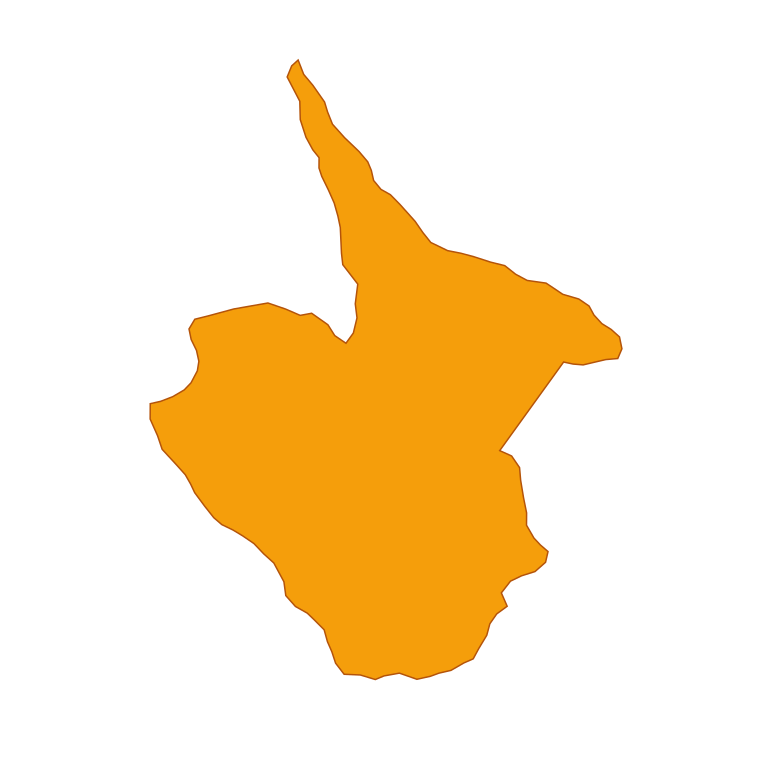 the district of Cruzália, São Paulo, Brazil, rotated 285°
{"feature_id": "56859067B72115039029830", "entity_name": "Cruzália", "entity_type": "district", "adm_level": 2, "iso_a3": "BRA", "parent_name": "Brazil", "parent_adm1": "São Paulo", "projection": "robinson", "projection_center": [-50.755, -22.735], "detail": "fine", "context": "isolated", "style": "filled", "palette": "amber", "viewbox_px": 768, "rotation_deg": 285, "n_neighbors": 0, "source": "geoboundaries", "source_scale": "gbopen_adm2", "svg_char_len": 1800}
<svg xmlns="http://www.w3.org/2000/svg" viewBox="0 0 768 768"><g transform="rotate(285 384 384)"><path d="M674.7,217.2L667.4,212.5L655.5,211.0L635.3,229.5L617.7,234.7L602.1,244.8L591.8,254.6L585.8,262.7L575.8,265.3L568.5,270.1L557.0,280.1L546.0,289.0L534.3,296.0L523.8,301.3L499.3,309.1L488.6,313.3L479.2,325.6L473.7,332.8L454.0,335.5L440.9,340.8L425.3,341.2L413.5,336.7L418.0,323.9L426.7,314.5L433.6,295.8L428.6,285.3L430.9,269.7L432.2,250.9L424.4,234.1L417.6,219.5L404.3,196.6L397.6,184.5L386.7,181.4L377.1,186.2L367.9,194.2L358.0,199.3L348.4,200.3L335.2,197.3L326.5,192.5L317.0,183.1L309.5,172.8L304.5,163.3L289.6,167.2L275.4,178.7L263.5,186.6L251.8,205.1L244.9,215.6L237.2,223.2L230.0,229.3L219.5,242.5L210.8,254.2L206.2,263.7L203.9,275.8L200.7,286.9L196.2,299.7L188.8,311.8L182.6,323.9L167.1,338.5L154.2,343.9L146.2,356.0L142.8,369.2L138.4,377.2L131.1,389.8L120.4,396.1L111.9,402.9L101.8,409.5L93.3,420.6L96.8,436.4L96.3,452.1L102.0,459.5L108.7,473.7L107.3,492.2L113.7,504.5L118.9,511.9L124.7,522.8L135.2,533.3L141.6,541.3L153.0,544.0L167.9,548.3L179.8,548.3L191.1,552.4L201.2,560.5L212.6,551.4L226.3,557.2L234.4,566.6L241.9,578.4L253.6,586.2L264.6,585.8L269.0,576.7L274.0,568.7L284.5,558.2L296.4,555.1L310.1,548.3L326.4,540.9L338.3,536.6L347.5,525.9L349.6,513.0L451.7,551.8L452.2,561.5L454.0,571.4L458.3,579.4L465.0,591.9L469.1,603.2L479.6,604.7L490.4,599.3L495.5,589.3L498.7,578.8L505.0,568.9L512.4,561.9L516.5,550.2L516.9,533.5L523.4,514.4L521.1,495.5L524.1,482.7L529.6,470.0L529.3,455.4L530.2,437.9L530.2,424.3L529.3,410.9L532.8,392.6L540.3,382.4L549.2,371.9L561.6,352.9L568.5,341.2L571.2,330.7L577.9,321.3L587.0,316.5L594.4,310.8L602.1,299.7L611.7,282.2L621.6,267.0L632.3,259.0L641.0,253.6L654.1,238.0L662.3,226.3L674.7,217.2Z" fill="#f59e0b" stroke="#b45309" stroke-width="1.5"/></g></svg>